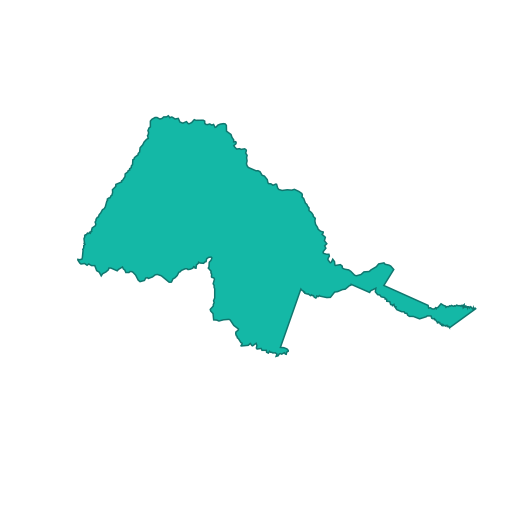 Mocoa, Putumayo, Colombia, rotated 324°
{"feature_id": "7082276B56868740164332", "entity_name": "Mocoa", "entity_type": "district", "adm_level": 2, "iso_a3": "COL", "parent_name": "Colombia", "parent_adm1": "Putumayo", "projection": "albers", "projection_center": [-76.661, 1.168], "detail": "fine", "context": "isolated", "style": "filled", "palette": "teal", "viewbox_px": 512, "rotation_deg": 324, "n_neighbors": 0, "source": "geoboundaries", "source_scale": "gbopen_adm2", "svg_char_len": 6147}
<svg xmlns="http://www.w3.org/2000/svg" viewBox="0 0 512 512"><g transform="rotate(324 256 256)"><path d="M312.4,305.3L312.0,304.8L312.0,301.2L313.0,300.2L315.3,299.2L316.0,297.5L314.0,296.0L312.2,293.5L312.2,292.8L313.1,291.9L317.1,290.8L317.5,288.1L320.5,287.7L320.3,283.9L323.1,281.6L322.2,277.4L323.9,276.8L324.5,276.1L322.8,273.9L322.0,270.9L322.6,268.9L322.8,265.4L324.2,262.3L326.1,260.3L325.6,257.7L326.3,256.4L326.4,253.7L325.6,250.4L327.2,248.2L327.0,246.1L327.5,244.1L327.0,242.4L328.4,237.4L327.9,235.5L329.5,233.6L329.8,232.3L328.6,228.9L326.2,224.6L323.7,223.8L320.2,220.8L315.6,218.3L313.5,215.5L313.5,213.7L314.8,210.1L314.4,209.5L311.3,208.7L310.5,206.4L308.8,204.9L308.7,203.7L310.0,200.9L309.8,196.3L308.4,194.3L308.8,190.1L307.7,188.1L306.2,187.2L301.8,179.8L301.9,177.3L302.7,175.5L304.7,173.8L306.1,171.0L308.0,169.3L308.1,166.7L310.1,165.1L310.4,164.1L309.8,162.6L306.6,161.0L305.8,159.5L303.2,158.1L302.8,155.2L302.9,153.7L305.8,153.4L306.8,152.2L306.6,151.4L305.0,150.5L306.2,149.0L306.3,145.9L307.2,143.0L305.5,137.7L308.8,132.9L308.7,131.0L307.5,129.8L304.6,128.3L302.0,127.7L299.7,128.2L298.5,127.9L299.0,124.6L297.2,124.1L296.2,122.0L294.0,121.2L292.8,120.1L292.5,118.6L293.8,116.7L293.1,115.1L287.1,110.9L286.2,109.4L282.4,110.2L279.8,109.8L279.0,109.2L278.7,106.4L274.9,105.5L273.2,102.9L274.0,99.0L271.1,97.6L269.9,94.5L269.2,93.8L267.6,93.5L267.5,91.0L265.5,90.9L263.0,89.2L261.0,89.5L258.7,88.7L257.3,85.7L255.7,84.6L252.0,84.2L249.8,84.8L246.4,89.5L244.8,89.5L242.2,91.1L241.9,92.6L240.3,94.4L239.0,94.8L238.0,97.5L236.0,97.3L232.5,98.0L229.7,99.5L225.9,100.3L222.9,103.5L221.0,103.8L220.1,104.8L215.6,104.9L214.2,106.0L213.0,105.7L209.9,109.4L208.0,109.9L207.1,111.2L205.1,111.1L204.4,112.2L202.8,111.8L201.7,112.6L198.4,112.7L196.7,114.8L192.7,116.3L191.4,116.2L190.8,117.1L184.7,115.7L183.4,117.3L178.8,118.0L177.4,120.3L175.2,122.1L174.2,122.0L172.1,123.1L170.8,122.5L169.1,122.6L168.6,123.8L167.6,123.9L162.9,127.7L160.9,128.5L159.0,128.3L155.7,129.9L153.4,130.4L151.5,131.8L150.2,131.5L148.1,132.3L147.7,133.1L145.8,134.0L145.1,136.1L143.8,137.1L140.0,137.0L137.7,138.8L137.5,139.5L135.9,139.1L136.0,139.7L135.4,140.2L135.0,139.2L133.9,139.4L133.1,138.4L131.2,139.1L130.3,138.5L129.3,138.9L128.8,139.8L127.0,140.9L124.9,144.7L124.4,144.7L124.5,146.1L122.8,146.3L121.4,148.2L119.7,148.9L119.4,149.8L114.4,155.4L113.3,156.2L111.1,155.3L109.9,154.0L109.5,154.5L109.3,158.1L109.7,159.6L112.9,161.3L113.9,164.2L116.0,164.1L117.3,167.1L119.9,169.0L118.5,174.2L119.7,177.0L119.1,181.1L121.4,180.2L125.3,180.7L128.5,180.4L129.8,179.3L131.5,180.4L135.0,186.4L136.9,186.0L141.5,186.4L141.1,188.5L141.6,190.2L141.0,192.9L143.5,194.7L144.9,194.5L146.5,195.8L146.9,196.9L147.4,200.7L146.5,206.3L147.1,208.6L151.4,210.2L153.8,209.0L155.4,209.7L155.7,210.9L159.9,212.1L163.5,212.0L165.4,213.0L167.8,216.4L170.3,226.1L171.5,227.0L172.3,227.4L175.3,225.7L177.7,226.0L180.7,225.5L184.0,223.8L185.4,224.2L187.1,223.8L191.2,224.7L192.7,225.8L193.0,227.0L194.9,228.0L197.7,228.7L199.4,228.0L199.8,228.8L199.6,230.0L200.3,230.6L202.6,228.2L205.2,228.0L205.9,227.3L206.6,228.8L209.3,231.1L211.2,230.8L212.3,231.2L214.5,229.2L217.0,229.3L219.0,230.4L219.2,231.6L218.6,232.1L217.0,233.1L214.5,233.6L211.5,237.2L210.3,237.7L210.7,241.8L209.6,243.2L209.5,244.5L207.7,246.7L207.8,247.5L209.0,248.8L208.8,250.3L205.0,253.3L204.8,255.4L203.8,256.5L203.3,258.3L197.9,265.7L195.3,267.3L194.8,269.1L193.0,270.1L192.0,271.4L187.6,272.3L187.0,273.8L187.4,277.3L184.2,282.8L186.5,284.7L187.8,286.8L192.2,288.5L196.8,291.3L197.5,292.3L197.2,299.1L198.9,304.7L198.0,305.5L195.0,305.7L193.9,307.0L193.2,308.9L193.5,310.0L192.8,311.1L193.2,312.6L192.9,317.1L193.4,318.4L193.1,319.0L191.1,319.8L191.3,320.2L197.2,323.7L200.0,323.4L200.0,326.0L200.5,326.7L204.8,326.7L204.1,329.0L202.2,330.6L202.2,331.9L205.8,333.8L205.4,335.8L208.9,338.4L208.0,340.1L208.9,341.8L210.9,341.1L211.1,342.3L212.2,343.3L212.6,344.3L214.7,345.7L215.3,347.7L213.3,349.0L215.1,349.7L217.4,348.9L218.5,349.4L219.1,350.5L222.1,350.9L222.1,352.6L222.7,353.3L224.3,351.8L226.1,352.0L226.6,351.3L226.4,349.3L224.6,346.5L222.0,344.3L272.9,309.1L273.0,311.0L273.7,312.3L273.4,313.2L274.1,313.6L273.6,314.8L275.3,317.1L275.9,317.2L276.8,320.1L278.2,320.1L278.2,321.1L279.2,321.8L278.9,323.5L279.7,325.2L281.2,324.6L281.6,324.8L281.8,324.3L282.5,325.4L284.0,325.2L284.1,326.0L288.9,331.3L291.9,333.2L298.4,331.4L301.1,332.8L306.3,334.0L308.7,335.3L314.1,334.9L315.6,335.4L316.3,334.8L326.5,352.3L328.2,351.5L334.0,352.5L331.5,355.1L331.7,358.8L333.2,360.2L333.3,362.6L335.4,365.0L335.7,366.3L335.2,366.7L336.2,367.8L335.2,369.5L337.4,371.6L336.4,374.4L337.4,375.4L337.2,376.3L339.1,376.2L338.2,378.6L339.3,379.3L338.4,380.3L338.4,382.2L341.1,386.7L343.0,388.1L342.9,389.9L344.4,391.2L343.9,392.9L344.6,395.0L347.8,397.4L351.4,403.0L358.0,405.2L359.3,405.1L362.3,407.3L361.6,409.7L362.2,410.7L363.5,411.5L363.0,412.5L363.7,412.9L363.7,416.0L364.3,416.3L363.8,416.8L364.8,417.0L364.8,417.6L365.5,417.8L365.1,419.5L366.0,420.2L365.4,421.3L366.1,422.2L367.0,421.5L367.2,422.9L368.2,423.4L368.2,424.1L369.7,424.3L369.3,425.6L370.3,426.0L370.4,427.4L370.9,426.6L370.8,427.8L402.7,427.8L402.6,426.9L401.1,426.9L401.5,425.6L400.2,426.7L399.9,423.2L398.1,423.4L398.5,421.6L398.1,422.1L397.4,421.5L396.7,422.2L396.9,421.4L396.2,420.8L396.4,419.7L395.8,419.6L395.4,420.4L394.9,419.8L393.7,419.8L394.5,419.2L394.1,418.5L395.1,418.5L395.8,417.7L394.1,417.8L393.6,418.2L393.8,417.1L392.9,416.6L392.3,417.1L391.5,415.8L390.1,414.9L389.6,413.7L387.5,413.7L387.3,412.9L386.2,412.8L385.0,410.8L383.9,410.9L383.2,410.0L382.1,410.3L380.6,409.0L379.5,409.2L379.7,407.4L378.9,406.6L377.6,403.4L372.9,404.6L371.7,404.1L370.9,404.6L370.8,403.4L369.8,403.7L368.7,403.4L367.4,402.3L366.7,400.4L365.1,399.6L366.2,397.1L342.1,355.0L359.5,347.9L359.1,343.4L358.2,341.5L355.6,338.6L355.5,336.8L350.6,334.5L347.0,335.4L340.7,334.8L338.5,335.1L334.0,332.3L330.0,332.7L325.6,331.0L324.5,329.6L323.7,324.2L322.8,321.7L319.9,318.7L319.0,317.0L318.9,316.2L319.8,314.9L319.2,312.6L314.6,310.3L314.6,309.5L316.2,306.7L316.2,303.7L313.7,305.1L312.4,305.3Z" fill="#14b8a6" stroke="#0f766e" stroke-width="1.5"/></g></svg>